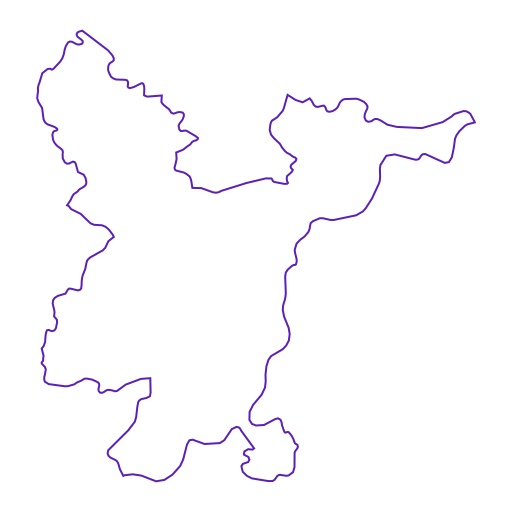 outline of Vilniaus
{"feature_id": "LTU-1075", "entity_name": "Vilniaus", "entity_type": "County", "adm_level": 1, "iso_a3": "LTU", "parent_name": "Lithuania", "parent_adm1": "", "projection": "mercator", "projection_center": [25.254, 54.825], "detail": "fine", "context": "isolated", "style": "outline", "palette": "violet", "viewbox_px": 512, "rotation_deg": 0, "n_neighbors": 0, "source": "natural_earth", "source_scale": "10m", "svg_char_len": 5907}
<svg xmlns="http://www.w3.org/2000/svg" viewBox="0 0 512 512"><path d="M474.8,122.4L467.5,124.3L464.7,126.0L459.3,131.3L456.4,135.4L455.0,138.9L453.8,147.9L451.8,157.4L448.9,162.1L444.8,162.9L425.2,154.0L422.5,154.3L420.9,155.9L419.8,157.8L418.7,159.1L416.9,159.7L415.3,159.7L394.7,154.4L386.3,155.8L380.4,165.1L379.9,168.8L380.1,176.9L379.8,180.8L378.9,183.6L372.0,198.5L365.7,208.3L362.9,211.4L356.2,215.3L333.6,220.0L330.1,219.9L323.3,218.3L319.9,218.2L312.9,221.2L310.7,223.1L310.1,225.5L309.7,228.5L308.5,231.8L304.7,236.4L300.3,239.7L296.6,243.6L294.7,249.7L295.0,252.6L296.6,259.0L296.7,261.7L295.9,264.4L294.9,265.0L293.6,265.0L291.8,266.0L287.8,269.6L285.8,272.5L285.2,276.8L285.8,293.3L285.5,296.6L284.8,300.0L283.8,303.0L283.0,306.2L282.8,310.2L284.1,316.6L288.7,328.0L289.7,334.2L288.8,340.6L286.2,345.6L282.6,349.3L271.2,356.0L268.4,359.9L266.4,366.4L265.5,374.8L265.7,381.4L265.0,387.6L261.7,394.6L253.1,404.9L249.6,411.8L249.4,419.8L251.9,423.9L256.0,425.5L264.0,425.0L275.2,419.1L278.0,418.3L280.5,419.8L281.6,422.4L282.1,425.6L284.1,431.2L284.8,432.4L285.6,432.6L287.7,431.9L288.6,432.1L290.4,434.1L292.0,436.4L293.5,439.3L294.7,442.8L295.5,443.8L296.5,444.2L297.4,444.9L297.9,446.8L297.4,448.2L295.2,451.2L294.6,452.7L294.5,467.2L293.0,472.2L288.7,475.4L286.5,475.8L279.5,474.8L277.5,475.7L274.5,479.9L272.6,481.0L268.5,481.1L252.0,478.4L247.0,475.9L242.8,471.9L241.4,466.2L242.8,463.9L248.1,462.1L249.4,459.7L248.4,457.0L243.9,454.6L244.4,451.4L248.2,449.2L252.5,449.6L254.1,448.4L241.0,430.4L240.1,428.6L238.8,427.4L236.5,426.9L231.8,429.1L224.3,440.2L219.8,443.1L204.5,444.0L192.7,439.7L189.4,440.3L187.0,444.5L183.2,459.4L180.1,466.1L172.5,474.6L164.4,479.9L156.1,481.3L141.4,475.6L132.8,474.3L124.2,475.3L123.3,475.9L119.9,469.2L118.6,464.6L117.8,462.5L116.6,460.8L114.8,459.7L110.3,457.5L108.5,455.8L107.6,453.3L108.2,450.3L128.3,430.3L134.9,421.6L136.2,416.8L137.3,407.1L138.1,402.6L138.7,401.2L139.6,400.2L141.4,399.1L146.4,398.0L149.9,396.3L150.6,392.7L150.3,378.2L140.9,378.9L125.7,384.6L117.0,391.0L115.0,391.3L112.5,390.5L108.9,389.8L106.6,390.2L103.6,392.2L102.1,392.8L100.0,392.6L98.7,391.0L98.4,389.0L99.0,386.9L99.3,385.0L98.8,383.2L97.6,382.1L92.1,379.6L87.0,378.6L84.4,378.7L81.2,380.7L76.7,382.6L74.4,384.3L68.2,386.1L65.1,386.3L48.7,384.1L44.9,381.7L44.2,379.5L44.3,377.0L45.0,374.2L45.8,369.5L45.0,367.1L41.8,363.6L41.6,362.8L42.1,361.8L43.1,360.8L43.2,357.8L43.6,355.9L41.7,348.5L43.7,346.0L45.1,342.0L45.6,335.2L46.2,332.2L47.1,330.2L48.9,329.9L50.3,330.7L52.0,331.1L53.7,330.8L55.2,329.5L56.1,327.6L56.6,324.6L57.1,322.7L57.0,320.9L56.8,319.6L54.1,316.4L54.5,312.7L54.4,311.0L53.9,308.6L53.2,306.0L52.7,303.5L53.1,300.3L54.7,297.9L57.8,295.9L65.5,293.6L67.8,289.7L68.9,288.6L71.0,288.7L77.8,290.4L79.9,289.9L81.2,288.4L81.6,284.6L81.7,281.4L82.0,278.4L82.7,275.4L85.3,268.8L86.5,262.7L87.1,260.7L88.3,259.1L90.4,257.3L102.7,250.4L105.2,247.9L108.4,241.2L113.8,236.9L112.8,234.8L108.7,229.4L105.4,226.7L102.0,225.3L94.1,224.8L90.6,223.4L80.7,213.9L71.1,209.1L68.7,206.0L67.1,205.3L70.6,200.1L71.8,197.4L72.9,195.4L73.5,194.5L74.5,193.6L76.8,192.1L77.8,191.3L78.7,190.0L79.8,189.1L83.1,187.2L84.7,186.0L85.8,184.8L86.3,183.1L86.3,181.6L85.6,178.1L83.7,174.7L78.0,172.0L75.6,163.4L74.6,162.0L72.9,161.6L69.2,163.5L67.0,163.7L64.8,162.3L62.8,158.5L62.6,154.5L62.9,152.0L62.4,150.1L60.8,148.6L57.8,146.4L56.2,144.9L54.3,142.5L53.0,139.5L52.4,134.9L53.0,132.4L54.3,131.0L56.2,130.6L57.3,129.8L57.1,128.7L54.7,127.0L47.4,124.3L45.1,122.4L43.6,119.5L42.1,108.0L38.5,102.1L37.2,98.3L37.6,94.2L38.1,91.2L37.9,87.9L38.6,84.9L39.4,82.9L42.3,73.2L47.5,69.1L48.9,68.8L50.4,68.8L51.8,69.7L53.5,68.8L60.2,61.6L62.4,58.1L63.6,54.9L64.8,49.2L65.9,46.0L68.1,42.4L70.0,41.5L72.1,41.8L76.4,44.1L78.7,44.6L81.7,44.0L82.8,42.6L82.6,41.0L81.2,39.5L77.8,37.0L76.8,35.4L76.7,33.7L77.7,32.4L78.6,31.8L82.3,30.7L108.0,50.3L112.5,55.5L113.8,58.4L113.7,60.3L112.7,61.4L110.0,63.1L109.0,64.4L108.3,66.3L108.1,68.5L108.2,70.4L108.9,72.5L111.0,76.7L113.2,78.4L116.2,79.5L125.2,79.8L127.2,80.4L128.1,82.3L128.0,84.4L127.7,86.5L128.4,87.6L130.0,88.1L133.7,87.1L141.1,83.4L142.4,83.2L143.3,83.9L144.1,86.1L144.3,88.9L144.1,93.7L144.1,95.3L145.9,96.2L147.7,96.6L161.8,95.5L161.4,102.0L162.2,103.4L163.9,105.2L169.0,109.2L171.3,112.7L173.2,113.6L174.9,113.3L177.2,112.4L179.7,112.0L182.7,112.6L183.8,114.1L183.9,115.9L183.2,118.0L182.3,120.0L179.5,123.6L178.6,125.6L179.3,129.5L180.5,130.9L182.4,131.0L184.2,130.6L186.4,130.7L195.4,136.0L198.0,138.0L197.6,139.4L196.2,140.3L193.9,140.9L192.2,141.9L190.2,144.5L187.0,146.6L184.2,148.9L182.5,150.0L176.2,152.5L176.6,159.0L175.5,164.1L174.5,167.8L174.9,169.5L176.2,170.6L183.8,172.5L186.5,174.0L189.7,176.5L190.7,178.9L191.2,180.5L192.4,187.9L201.2,188.1L213.0,192.3L216.0,192.7L218.8,192.2L221.2,190.9L246.5,183.0L265.8,178.4L271.6,178.5L272.3,179.7L272.8,181.0L274.4,182.0L284.5,183.9L287.0,183.8L288.0,182.9L287.1,181.2L286.7,178.8L287.0,176.2L290.7,172.9L292.2,171.3L292.8,169.9L292.1,169.1L291.0,168.0L290.6,166.6L291.3,164.7L295.7,161.0L296.4,159.0L295.3,157.6L293.4,156.9L291.7,155.8L290.2,154.5L286.8,152.7L284.9,151.0L281.8,147.2L280.8,145.3L279.6,143.5L274.0,138.3L271.1,134.7L270.4,132.5L269.7,129.7L270.3,124.8L270.9,122.5L271.9,120.7L277.2,117.3L282.8,110.7L283.9,108.0L287.6,94.9L295.7,100.0L302.6,102.3L309.7,98.4L311.9,101.2L313.8,104.9L315.4,106.4L317.5,107.0L323.0,105.6L324.3,105.8L325.5,107.5L326.4,110.1L327.3,111.3L329.3,111.8L332.6,111.1L335.0,109.7L336.8,108.2L337.9,106.8L339.7,102.9L340.5,101.8L341.8,100.5L342.9,99.7L344.7,99.1L356.3,98.7L358.9,99.4L363.9,101.8L366.2,104.0L367.5,106.3L367.3,108.6L366.1,111.0L364.8,114.1L364.5,117.3L365.8,120.5L368.2,121.8L371.5,121.2L373.3,119.8L375.1,119.0L377.3,119.0L380.8,120.5L387.4,124.7L396.8,126.9L421.9,128.1L442.7,122.1L451.9,116.3L453.2,114.9L454.9,113.8L463.4,111.1L466.1,111.2L468.6,112.5L470.3,113.8L474.2,121.0L474.8,122.4Z" fill="none" stroke="#5b21b6" stroke-width="2"/></svg>